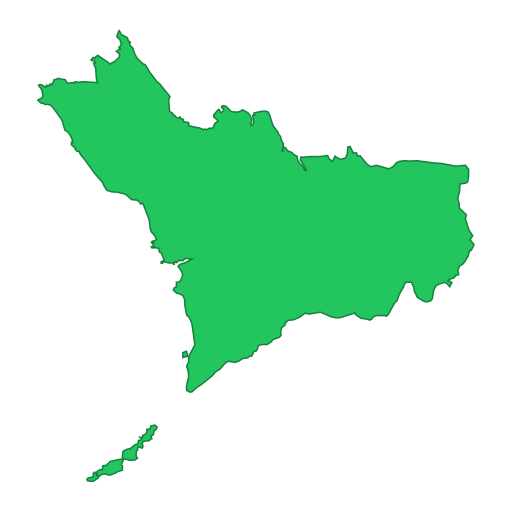 the district of Western Area Rural, Western, Sierra Leone
{"feature_id": "65957751B56468197775265", "entity_name": "Western Area Rural", "entity_type": "district", "adm_level": 2, "iso_a3": "SLE", "parent_name": "Sierra Leone", "parent_adm1": "Western", "projection": "albers", "projection_center": [-13.169, 8.289], "detail": "fine", "context": "isolated", "style": "filled", "palette": "green", "viewbox_px": 512, "rotation_deg": 0, "n_neighbors": 0, "source": "geoboundaries", "source_scale": "gbopen_adm2", "svg_char_len": 5965}
<svg xmlns="http://www.w3.org/2000/svg" viewBox="0 0 512 512"><path d="M327.7,155.5L320.0,156.5L309.6,156.6L302.4,157.3L301.0,157.0L300.3,160.2L305.2,167.2L305.3,168.6L306.3,169.8L305.6,170.7L304.4,169.7L302.8,166.5L298.7,162.3L297.5,159.5L297.1,156.4L293.4,154.2L292.1,152.6L287.7,150.7L285.3,147.7L284.3,147.3L283.7,147.6L282.7,151.2L282.2,151.4L283.3,146.1L283.4,143.8L281.5,140.4L280.5,136.5L278.5,134.0L278.0,132.2L273.0,125.5L269.3,114.0L267.7,111.7L265.0,111.1L260.5,111.5L254.1,112.9L254.2,114.3L254.7,114.8L253.3,114.7L252.7,115.7L254.0,121.9L253.3,124.0L251.2,125.8L250.6,123.1L251.7,122.4L251.7,119.4L250.3,115.7L247.9,112.7L242.7,109.8L239.5,111.6L237.2,112.1L231.3,111.7L226.1,106.4L223.8,105.6L222.3,105.9L221.7,106.3L221.7,107.7L224.0,109.4L223.7,110.7L221.1,112.7L220.3,112.1L219.6,110.1L218.7,109.4L218.2,109.6L213.7,114.9L213.8,116.9L217.5,120.4L217.7,121.5L214.9,123.3L213.0,127.8L212.4,128.3L209.3,128.2L206.8,129.7L204.4,129.0L203.2,129.7L199.3,127.8L198.3,127.7L197.6,128.1L195.3,126.9L193.5,127.0L191.0,126.0L188.9,126.0L188.5,125.5L188.9,123.3L188.5,122.8L187.8,122.3L185.9,122.3L183.3,121.3L183.4,119.4L180.7,118.6L180.1,116.9L178.6,118.0L177.1,117.8L175.3,116.6L174.8,115.4L173.1,115.0L172.7,113.3L169.6,111.4L168.7,100.9L169.2,97.9L170.0,96.5L159.6,83.8L156.7,81.4L150.0,72.5L145.3,64.8L142.5,63.5L136.9,57.9L134.5,53.3L132.9,48.2L129.5,44.6L129.4,43.8L130.4,42.7L129.6,41.4L128.3,41.1L127.6,38.1L126.6,37.2L121.3,34.5L119.3,30.7L118.5,31.6L116.8,36.4L117.6,37.7L119.6,39.2L121.4,43.9L119.7,47.1L120.1,48.7L119.1,47.9L119.5,49.5L116.3,51.3L119.7,54.2L119.1,57.3L114.7,61.5L109.7,64.1L109.0,63.0L97.8,55.3L95.4,57.2L95.2,58.0L93.3,57.4L91.1,59.8L91.4,60.5L94.4,60.8L95.5,62.9L94.8,63.5L93.7,63.1L94.7,66.7L95.6,67.2L96.3,77.9L97.1,81.6L97.8,82.6L83.6,81.7L78.0,82.3L75.6,81.8L75.1,81.8L75.1,83.0L73.0,82.5L68.2,83.2L67.1,82.8L65.3,79.9L64.5,79.4L62.5,79.4L57.7,78.3L55.9,79.6L54.2,79.6L52.2,84.5L51.4,83.9L50.7,84.7L50.0,84.2L48.7,85.8L46.5,85.3L46.5,86.5L45.9,87.0L44.8,86.4L43.7,86.5L42.7,85.3L40.8,84.6L38.6,85.1L38.7,85.8L41.1,88.6L42.2,91.3L43.0,96.9L40.2,98.9L38.4,99.6L37.9,100.4L41.2,103.2L43.2,103.3L45.2,104.5L47.4,104.3L50.0,104.8L51.7,106.1L54.9,110.2L61.2,118.9L62.3,121.1L64.9,130.2L67.7,131.9L69.8,134.6L72.0,138.9L72.9,142.6L71.5,142.2L71.4,144.8L75.4,148.3L75.1,149.0L76.9,151.2L79.1,151.4L80.4,154.4L85.3,160.4L94.8,173.6L102.6,182.5L104.1,186.0L106.7,190.2L111.8,191.9L117.3,192.2L123.6,193.7L126.1,194.7L131.6,199.6L136.8,200.1L139.7,202.2L140.5,204.0L143.0,203.5L149.2,219.9L150.4,229.5L151.4,231.9L154.7,235.7L156.4,239.4L154.6,240.9L152.2,241.1L151.6,242.3L153.5,242.0L153.7,242.7L152.3,243.4L154.1,246.1L151.2,246.9L152.1,248.0L155.0,247.7L158.7,248.4L159.5,252.2L161.3,252.9L163.9,259.3L163.8,260.5L161.1,261.9L160.9,262.8L161.7,263.5L162.8,263.0L163.9,261.6L168.8,263.0L172.6,262.9L173.0,263.9L174.3,264.3L174.6,261.5L176.8,262.6L178.6,260.2L180.8,260.7L183.0,260.6L185.2,258.5L192.1,259.0L185.2,262.7L179.7,264.5L178.0,266.3L181.8,271.7L182.6,275.5L180.7,280.4L178.7,282.1L176.4,282.2L176.4,286.9L174.3,287.8L173.3,290.1L176.9,293.3L179.1,293.6L182.8,295.5L184.6,299.3L184.9,305.7L186.6,315.2L188.4,316.5L189.8,318.6L191.9,323.6L194.9,344.8L189.4,355.2L188.5,358.6L188.9,362.2L187.7,363.5L186.6,366.7L187.8,369.5L188.6,374.2L188.5,377.7L186.9,383.9L186.4,388.3L186.8,390.5L190.2,392.2L192.0,391.8L197.9,386.6L201.4,384.5L210.0,377.6L213.2,374.8L215.1,372.2L220.2,368.9L224.5,363.9L226.7,362.1L228.9,361.3L235.2,362.4L238.5,361.2L242.9,358.5L247.6,357.8L249.4,356.3L251.8,356.0L254.1,351.2L255.9,351.2L256.7,350.5L258.4,345.6L261.8,344.5L267.2,344.5L271.7,341.4L272.5,339.7L279.4,337.2L281.1,335.3L280.5,333.0L281.5,328.1L283.2,326.3L285.0,325.2L285.2,323.2L288.0,320.4L293.9,319.7L300.1,316.9L304.8,313.3L306.2,313.3L308.3,314.1L320.4,312.2L331.5,316.9L336.4,317.9L340.8,317.5L355.1,312.9L355.4,314.5L361.0,318.3L366.9,319.1L369.8,320.1L371.7,319.1L373.4,316.8L376.4,315.6L384.4,315.6L386.6,316.2L388.5,314.1L394.5,303.2L397.1,300.7L399.2,294.6L403.8,286.4L404.0,284.7L406.3,282.1L411.5,282.3L414.0,287.9L414.4,291.4L417.5,297.5L424.2,301.5L427.2,301.9L430.5,300.9L432.2,299.0L433.7,290.1L436.0,285.8L439.1,284.1L444.7,282.3L447.1,283.7L449.7,286.8L451.9,282.5L447.8,280.2L451.9,278.4L454.1,277.9L455.5,275.6L458.7,274.7L457.8,270.1L459.6,266.0L462.7,264.2L465.0,261.4L468.2,255.9L469.5,250.9L471.3,250.4L474.1,244.5L470.0,239.9L472.7,235.8L469.1,230.3L465.4,219.3L466.3,214.7L459.5,208.3L459.1,203.3L457.7,198.2L459.5,191.8L460.0,184.0L465.9,183.1L467.7,181.7L468.6,176.2L468.6,169.4L465.4,165.2L455.9,166.2L441.4,163.4L434.1,163.0L416.7,160.7L410.3,161.1L404.0,160.7L398.5,161.6L395.8,163.4L393.1,166.6L389.0,168.9L376.3,165.3L370.9,166.7L367.3,164.4L360.0,155.7L357.8,156.1L356.4,152.9L353.2,152.9L350.1,146.5L347.8,147.0L347.3,153.8L345.5,158.0L341.0,159.3L337.4,158.0L335.1,156.1L332.4,161.6L328.8,158.4L327.7,155.5ZM156.4,429.1L157.1,427.0L154.9,425.1L150.9,425.9L149.8,429.3L146.8,429.3L146.9,432.7L144.3,435.0L142.8,435.1L142.7,437.3L139.9,437.3L141.5,438.6L141.5,439.4L140.5,440.1L138.5,440.4L137.8,443.8L135.1,444.6L130.2,448.6L126.5,449.4L122.9,451.5L122.4,457.2L123.3,459.1L126.7,459.4L129.7,460.4L135.1,459.9L137.6,458.1L136.3,456.4L136.1,455.0L136.4,451.2L137.5,450.1L138.0,446.9L138.8,446.6L141.6,448.1L142.6,447.7L143.0,446.3L142.2,443.8L142.7,442.0L145.2,441.0L149.2,440.7L150.7,439.0L151.9,438.8L151.0,436.0L153.5,434.6L153.9,431.3L156.4,429.1ZM121.3,464.4L123.2,460.5L121.3,459.0L110.2,461.4L106.0,465.7L104.2,465.3L102.6,466.0L102.7,467.9L102.0,470.0L100.9,469.5L98.0,470.6L96.7,472.0L97.5,474.7L98.7,476.7L100.9,474.9L103.8,474.0L105.9,474.1L108.6,475.1L111.4,474.7L115.8,472.9L117.6,471.6L122.4,470.2L122.5,466.0L121.3,464.4ZM93.3,481.3L98.1,478.1L98.1,476.9L94.7,472.1L93.3,473.2L93.1,474.6L93.7,476.4L91.0,477.5L88.2,477.9L86.9,479.2L87.4,480.7L89.5,481.1L93.3,481.3ZM187.8,356.2L186.4,351.2L182.9,352.6L182.8,357.5L187.8,356.2Z" fill="#22c55e" stroke="#15803d" stroke-width="1.5"/></svg>